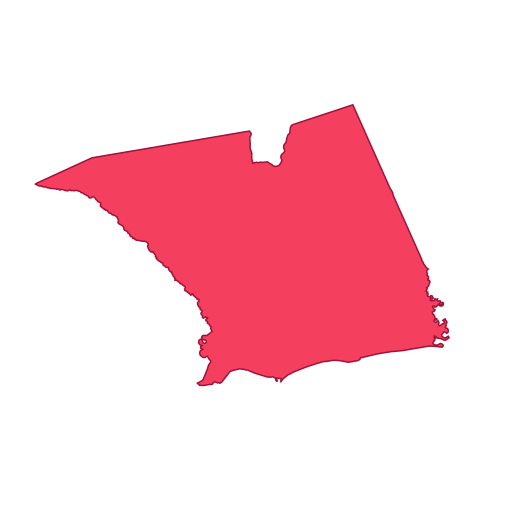 Kowanyama, Queensland, Australia (Mercator projection), rotated 241°
{"feature_id": "25037944B1656499074776", "entity_name": "Kowanyama", "entity_type": "district", "adm_level": 2, "iso_a3": "AUS", "parent_name": "Australia", "parent_adm1": "Queensland", "projection": "mercator", "projection_center": [141.794, -15.277], "detail": "fine", "context": "isolated", "style": "filled", "palette": "rose", "viewbox_px": 512, "rotation_deg": 241, "n_neighbors": 0, "source": "geoboundaries", "source_scale": "gbopen_adm2", "svg_char_len": 6127}
<svg xmlns="http://www.w3.org/2000/svg" viewBox="0 0 512 512"><g transform="rotate(241 256 256)"><path d="M368.5,310.8L421.4,160.1L426.0,99.9L425.8,98.0L422.4,100.2L421.5,101.8L419.1,104.0L418.9,104.8L418.2,105.7L417.6,105.9L416.7,106.8L416.6,107.3L415.3,108.3L411.8,113.4L411.0,114.0L410.5,115.7L410.0,116.0L409.2,116.0L408.7,116.5L408.5,118.0L407.6,119.5L405.9,120.7L404.3,122.8L404.1,125.1L402.8,126.0L401.9,128.0L401.1,128.6L400.7,130.6L398.9,132.1L398.0,133.3L396.1,133.8L395.0,135.2L393.9,135.4L392.6,136.4L390.6,137.5L389.9,138.3L387.9,138.3L386.8,139.6L387.1,141.4L386.7,142.5L384.1,143.5L382.8,143.4L381.3,144.1L380.2,144.0L378.2,145.7L376.9,145.6L375.3,144.1L374.7,144.1L372.4,145.2L371.9,145.2L370.9,146.0L370.5,146.2L370.1,145.9L369.6,146.7L369.0,146.7L368.5,147.5L367.6,147.9L365.2,148.2L363.4,149.8L361.7,150.2L360.4,151.8L357.6,153.3L353.7,153.0L352.4,151.6L351.9,151.4L350.2,151.9L347.2,153.9L345.7,154.1L343.3,153.5L342.2,153.5L341.1,154.5L339.4,155.4L338.1,155.1L336.3,156.2L334.8,155.6L333.8,155.8L332.4,157.2L331.1,156.8L330.8,157.0L330.8,157.8L330.1,158.4L329.5,158.1L327.8,159.0L327.0,160.5L325.6,161.8L325.6,162.3L324.2,163.4L322.8,165.8L321.1,167.3L318.9,167.6L317.8,166.8L317.7,166.3L316.8,165.8L313.5,165.3L312.2,165.7L310.9,165.8L310.0,166.7L309.7,168.2L308.6,167.7L307.8,168.2L305.4,168.5L304.2,167.7L302.7,168.4L302.4,167.7L301.7,167.6L301.2,167.9L299.1,168.4L297.1,169.8L296.1,169.9L295.0,171.1L294.5,171.1L293.7,170.5L292.7,170.4L291.4,171.4L290.6,171.4L289.9,171.8L288.4,173.7L285.8,173.1L283.7,173.5L282.7,174.6L281.6,173.9L280.0,174.2L278.6,173.8L276.6,174.5L275.8,174.3L275.5,173.8L274.7,174.0L274.1,173.4L273.6,174.3L271.6,175.6L268.1,176.6L267.5,177.6L266.1,177.8L263.4,179.1L262.7,178.8L261.0,177.1L259.8,177.2L259.0,178.2L257.2,178.5L255.5,179.6L253.4,180.0L253.3,180.8L253.8,181.5L253.5,182.2L253.1,182.4L252.1,182.1L249.4,183.0L248.3,183.7L246.6,183.5L245.8,184.9L244.9,184.9L244.1,184.0L243.6,182.4L242.8,181.8L241.7,181.4L239.2,181.3L238.0,182.1L237.2,181.5L236.1,181.3L234.5,182.3L233.3,181.9L232.9,180.5L232.4,180.0L231.6,179.8L230.0,180.3L228.3,179.4L227.6,179.5L227.1,180.0L227.3,182.0L225.6,183.7L225.0,183.1L225.0,181.6L223.9,180.9L223.4,180.9L222.1,181.8L220.8,180.9L219.3,181.9L217.4,181.8L216.0,182.5L214.4,181.1L211.6,181.1L211.0,179.5L210.3,174.5L212.1,171.5L212.1,170.6L211.8,169.5L211.0,168.9L209.3,168.9L208.0,169.7L206.7,171.2L205.9,171.3L204.9,170.8L204.3,169.7L204.6,168.5L205.5,167.7L206.7,167.6L208.6,168.4L209.7,168.0L210.0,167.4L210.1,166.0L209.9,165.4L208.6,164.1L207.7,163.7L206.1,163.8L203.8,165.4L203.8,163.7L202.2,163.0L201.4,163.1L200.2,164.4L200.0,163.9L200.3,162.4L199.8,160.8L198.0,159.4L196.3,159.2L193.9,159.9L192.4,161.2L192.0,162.0L192.2,164.2L191.6,164.9L188.1,165.0L186.3,165.5L185.4,165.3L183.7,161.8L179.8,157.6L173.6,149.9L173.1,148.3L173.2,143.1L170.2,144.0L168.0,147.7L166.4,152.5L165.0,155.5L165.8,156.8L165.6,157.5L165.9,158.3L165.9,159.4L163.6,160.8L163.3,162.0L162.2,162.8L162.2,164.6L167.3,176.6L167.5,177.9L166.9,181.2L165.3,186.8L162.5,190.8L161.3,191.6L160.7,193.1L154.3,198.0L144.7,207.2L142.7,210.5L142.6,211.9L139.5,213.8L137.6,213.1L136.5,213.3L136.3,213.8L136.5,214.1L139.2,214.6L139.4,214.9L137.3,217.4L136.9,218.4L135.6,218.0L134.7,217.0L134.0,216.9L135.0,218.9L135.6,220.8L136.5,226.1L136.2,233.7L134.6,245.9L132.7,256.2L130.9,263.9L129.3,267.4L127.8,271.9L126.0,275.3L123.5,279.0L118.5,285.0L118.1,285.8L115.1,294.5L115.2,296.8L116.3,297.7L111.9,313.5L109.3,321.0L106.7,328.1L102.3,338.1L93.3,363.7L90.9,367.8L86.2,374.3L86.0,375.1L86.9,376.4L87.5,376.5L89.2,375.8L90.1,374.8L90.2,371.7L90.7,370.4L91.5,369.4L93.5,368.3L94.4,368.6L95.1,370.2L95.7,370.4L95.6,371.4L95.8,371.8L98.4,372.3L99.4,373.1L98.3,373.3L99.0,373.6L98.3,374.4L96.7,374.3L94.2,377.5L91.1,379.8L90.5,380.8L90.7,384.8L91.1,385.3L92.5,385.4L92.7,383.9L92.5,382.0L92.8,381.4L95.2,379.7L96.0,379.6L97.2,380.4L98.5,383.6L98.2,384.3L95.9,385.3L96.2,386.9L96.9,387.7L97.9,388.2L99.7,388.4L100.3,388.0L100.9,387.1L101.6,387.0L102.2,387.3L102.9,388.7L104.3,388.8L104.9,390.5L105.9,391.0L107.9,390.8L109.3,391.0L109.3,389.1L109.0,388.1L107.9,388.7L106.9,388.7L106.1,388.0L106.2,385.4L105.9,383.5L106.2,382.3L107.0,382.2L109.1,383.8L111.2,383.9L111.0,383.4L111.2,382.8L110.6,382.2L110.6,381.7L110.7,381.2L112.1,380.0L113.1,380.3L113.7,380.9L113.6,381.5L112.8,382.0L113.0,383.5L113.4,383.7L114.7,382.3L117.0,383.2L118.3,382.8L119.0,383.0L119.4,382.5L120.3,382.4L121.7,383.2L121.2,384.7L121.6,386.1L122.1,386.5L122.6,386.0L125.4,385.6L126.1,385.9L126.3,386.6L125.4,387.8L124.5,387.6L124.2,389.1L124.8,390.7L124.8,391.4L124.5,392.0L122.9,393.0L122.1,394.4L122.4,396.0L123.9,397.1L125.1,396.6L124.9,395.8L123.5,395.7L123.3,395.2L123.9,394.3L124.1,392.7L124.5,392.5L125.5,392.9L125.6,394.6L126.7,395.4L127.5,395.3L128.7,393.0L129.9,393.2L130.4,393.8L130.7,392.7L131.7,391.9L131.8,391.5L130.9,391.0L130.7,390.3L132.0,387.5L132.7,387.1L134.4,388.0L134.6,388.5L133.3,388.7L133.0,389.3L133.3,390.6L136.0,390.6L136.5,389.7L136.5,389.3L135.8,388.7L136.1,388.0L137.2,386.9L138.2,386.6L138.5,386.7L138.7,387.7L139.5,388.1L139.7,387.9L140.3,388.3L140.6,388.3L140.7,387.9L141.3,388.6L141.6,388.1L143.1,387.7L143.6,389.0L144.6,389.9L144.8,390.1L145.5,389.8L146.1,392.3L149.0,395.7L150.4,395.8L151.9,394.6L152.5,395.1L152.5,395.8L154.2,396.8L154.5,396.9L155.8,396.2L156.6,396.5L157.6,397.4L159.0,397.4L160.4,398.4L161.1,399.6L161.1,400.3L161.9,399.7L163.0,399.6L164.2,399.1L166.4,399.2L167.1,398.8L170.2,399.1L171.3,398.6L172.4,399.3L242.8,405.4L245.1,406.3L250.8,406.1L341.3,414.0L353.2,351.3L352.6,349.7L351.4,348.1L347.2,345.2L346.3,342.4L344.0,340.0L341.5,337.9L340.6,336.8L340.4,335.9L339.5,334.2L337.4,332.7L334.3,332.2L333.6,331.8L332.8,329.7L332.4,327.7L331.4,326.3L330.1,325.5L327.3,325.0L326.5,324.5L324.4,321.0L324.2,319.3L324.5,317.2L325.2,316.1L326.4,314.8L328.9,313.9L329.4,313.3L332.9,311.6L334.6,307.2L335.9,305.6L336.4,303.6L337.8,301.7L338.0,300.6L338.5,300.1L338.4,298.4L339.1,298.3L343.0,299.4L346.3,301.1L347.4,302.0L353.5,303.2L356.3,305.0L362.1,307.7L363.0,308.4L364.1,310.2L365.6,311.2L368.5,310.8Z" fill="#f43f5e" stroke="#9f1239" stroke-width="1.5"/></g></svg>